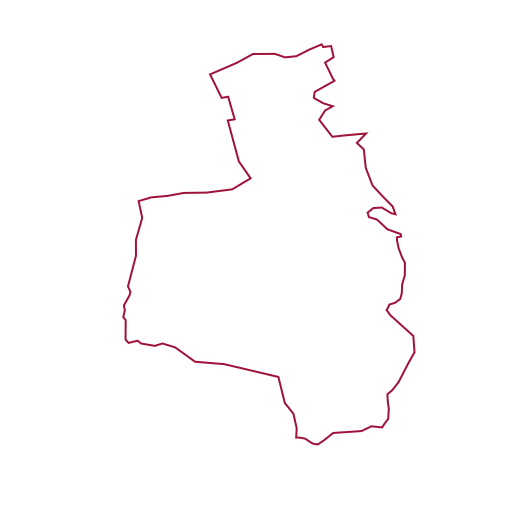 Zaаmin, Jizzakh, Uzbekistan, rotated 347°
{"feature_id": "79887680B19323950575966", "entity_name": "Zaаmin", "entity_type": "district", "adm_level": 2, "iso_a3": "UZB", "parent_name": "Uzbekistan", "parent_adm1": "Jizzakh", "projection": "albers", "projection_center": [68.428, 39.88], "detail": "fine", "context": "isolated", "style": "outline", "palette": "rose", "viewbox_px": 512, "rotation_deg": 347, "n_neighbors": 0, "source": "geoboundaries", "source_scale": "gbopen_adm2", "svg_char_len": 1496}
<svg xmlns="http://www.w3.org/2000/svg" viewBox="0 0 512 512"><g transform="rotate(347 256 256)"><path d="M364.4,127.3L355.9,122.3L351.0,117.8L347.9,114.9L350.1,109.3L371.9,102.9L370.8,100.4L366.8,83.1L376.4,79.7L376.4,68.3L368.4,67.5L367.6,64.6L354.9,66.8L340.2,70.4L329.0,69.0L319.9,63.3L298.5,58.5L281.0,63.4L252.1,68.7L258.1,94.2L264.7,94.6L266.0,118.0L259.0,117.6L260.6,160.1L268.2,179.1L247.8,185.7L222.1,183.1L199.8,178.3L183.0,177.5L167.1,175.3L154.0,176.1L153.7,193.3L142.6,213.3L139.1,228.8L124.4,256.8L125.6,262.5L124.0,265.8L116.1,274.5L116.0,279.3L112.9,285.8L114.6,289.2L110.1,308.1L112.3,312.0L121.6,311.9L124.3,315.4L137.2,320.8L145.2,320.2L156.7,326.9L172.8,345.3L200.6,354.2L250.6,378.9L251.0,405.6L257.0,418.2L256.9,433.0L254.3,442.0L258.1,442.9L262.9,445.1L268.2,450.7L270.3,452.3L274.0,453.5L280.5,451.0L291.4,445.8L319.4,450.3L330.2,447.9L340.3,451.4L344.2,447.7L348.1,444.5L351.0,434.9L351.7,427.3L352.9,420.3L358.9,417.2L366.6,410.9L380.5,394.5L388.8,385.5L391.3,369.3L373.6,344.0L371.1,338.0L372.7,336.4L375.0,333.3L380.9,332.9L386.9,330.3L389.7,325.0L392.1,316.4L396.6,308.4L397.8,303.5L399.6,296.0L398.1,290.6L396.7,280.3L396.9,272.7L397.5,269.5L401.9,269.6L401.9,267.2L390.0,259.5L382.1,247.7L374.8,243.5L374.5,238.8L381.2,235.7L389.5,237.1L397.2,244.6L401.3,246.7L400.3,238.5L392.8,226.3L385.4,213.5L382.8,194.8L385.0,176.4L379.7,168.5L390.8,161.4L369.8,158.5L357.2,157.0L348.2,137.5L356.0,129.8L364.4,127.3Z" fill="none" stroke="#9f1239" stroke-width="2"/></g></svg>